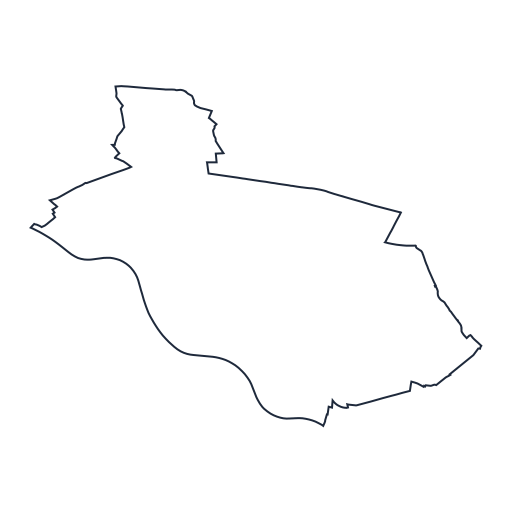 the district of Wijchen, Gelderland, Netherlands
{"feature_id": "6326949B70706228671559", "entity_name": "Wijchen", "entity_type": "district", "adm_level": 2, "iso_a3": "NLD", "parent_name": "Netherlands", "parent_adm1": "Gelderland", "projection": "mercator", "projection_center": [5.703, 51.82], "detail": "fine", "context": "isolated", "style": "outline", "palette": "slate", "viewbox_px": 512, "rotation_deg": 0, "n_neighbors": 0, "source": "geoboundaries", "source_scale": "gbopen_adm2", "svg_char_len": 5938}
<svg xmlns="http://www.w3.org/2000/svg" viewBox="0 0 512 512"><path d="M185.8,91.6L184.6,91.0L182.9,90.3L181.5,90.0L180.7,89.9L180.3,89.9L179.9,89.9L176.8,90.2L175.9,90.1L175.1,89.8L174.7,89.7L173.4,89.6L170.9,89.5L169.0,89.5L165.2,89.5L164.5,89.4L152.5,88.5L146.5,88.1L127.9,86.5L122.3,86.2L121.6,86.1L120.1,86.2L115.5,86.5L116.1,90.4L116.5,93.2L116.5,93.8L116.2,96.3L116.4,96.9L116.5,97.1L116.5,97.3L119.9,101.9L120.9,103.3L122.7,105.5L122.8,105.7L122.6,106.0L121.7,107.3L120.9,108.6L120.8,108.9L121.1,110.0L121.4,111.4L121.6,112.2L121.7,113.1L121.8,113.3L121.9,113.5L122.2,115.1L122.6,117.3L123.1,120.6L123.7,124.4L124.3,127.2L122.8,129.3L121.5,131.4L121.3,131.5L121.1,131.8L117.5,136.1L117.2,136.8L116.6,138.8L115.2,142.7L115.0,143.2L114.8,144.8L112.2,144.9L113.3,146.1L114.9,147.7L115.9,149.0L116.8,150.2L116.8,150.3L117.9,151.7L119.3,153.3L116.4,156.0L115.3,157.2L114.9,157.8L115.0,158.0L116.6,158.4L117.2,158.6L122.1,160.9L123.1,161.2L123.3,161.3L126.7,163.6L131.1,166.9L129.5,167.7L126.6,168.8L123.0,170.1L111.4,174.1L100.1,178.2L86.6,183.1L85.7,182.9L85.1,183.1L84.5,183.5L82.4,184.9L82.0,185.1L79.4,186.3L78.8,186.6L78.4,186.7L77.9,186.9L76.3,187.6L73.1,189.3L59.6,196.9L57.1,198.2L55.9,198.6L55.3,198.8L49.9,200.3L53.9,203.9L54.6,204.5L55.2,204.8L56.8,206.3L57.1,206.6L55.1,208.1L52.5,209.6L54.5,212.6L52.8,213.7L55.1,217.2L52.9,219.2L51.6,220.2L50.1,221.4L48.0,223.1L47.6,223.5L45.9,224.8L44.8,225.6L44.6,225.7L42.0,226.9L41.6,227.1L40.4,226.3L39.4,225.8L38.5,225.4L37.6,225.0L36.6,224.6L35.0,224.3L34.2,223.9L32.8,225.4L32.3,225.9L30.7,227.7L33.0,228.7L36.2,230.3L39.4,231.9L42.6,233.7L45.8,235.6L49.1,237.6L52.3,239.7L55.5,242.0L58.7,244.4L61.9,246.9L68.3,252.0L71.5,254.4L74.8,256.4L78.0,258.0L81.2,258.9L84.4,259.5L87.6,259.7L90.8,259.6L94.1,259.2L103.7,257.9L106.9,257.8L110.2,257.8L113.4,258.3L116.6,259.1L119.8,260.1L123.0,261.7L126.2,263.7L128.7,265.7L130.7,267.6L133.4,270.9L135.5,274.1L137.1,277.3L138.3,280.6L140.1,287.0L141.0,290.3L142.0,293.5L142.9,296.7L143.8,299.9L144.9,303.2L146.0,306.4L147.2,309.6L148.5,312.9L150.1,316.1L151.9,319.3L153.8,322.6L155.8,325.8L157.9,329.0L160.3,332.3L162.8,335.5L165.7,338.7L168.9,342.0L174.2,346.8L177.4,349.3L180.6,351.3L183.8,352.8L187.1,353.9L190.3,354.6L193.5,355.0L199.9,355.6L212.8,356.8L216.0,357.3L219.2,358.0L222.4,358.9L225.6,360.0L228.9,361.5L232.1,363.3L235.3,365.3L238.5,367.8L242.2,371.3L244.9,374.2L247.6,377.8L249.7,381.0L251.3,384.2L256.4,397.2L257.7,399.8L259.9,403.6L262.3,406.9L264.0,408.7L267.3,411.4L270.5,413.6L273.7,415.3L276.9,416.6L280.1,417.6L283.3,418.3L286.5,418.6L289.7,418.5L296.2,418.2L299.4,418.1L302.6,418.3L305.8,418.8L309.0,419.5L312.2,420.4L315.5,421.6L318.7,423.2L321.9,424.9L323.2,425.9L323.9,424.3L324.4,423.2L325.1,421.4L325.2,420.2L326.9,414.4L327.6,414.5L328.7,406.7L332.0,407.6L332.6,400.4L333.4,401.4L334.1,402.3L334.6,402.8L335.3,403.4L335.6,403.7L336.9,404.7L337.3,405.0L338.4,405.6L339.4,406.1L341.1,406.9L341.9,407.1L342.8,407.4L344.5,407.7L345.7,407.8L346.4,407.9L348.0,407.5L347.3,404.3L348.5,404.6L356.0,405.4L356.7,405.3L370.6,401.6L383.3,398.0L391.9,395.7L396.2,394.6L402.5,392.8L409.9,390.9L410.8,384.8L411.4,381.6L414.9,382.6L417.5,383.5L420.5,385.1L423.6,386.8L424.1,385.8L425.1,386.5L425.8,385.3L430.4,385.8L430.7,385.8L431.4,385.7L433.9,384.8L434.4,384.7L434.6,384.7L435.4,384.8L436.2,385.1L441.4,380.9L443.3,379.4L444.9,378.1L446.1,377.2L447.6,376.4L448.3,376.1L450.3,374.9L449.7,374.3L470.3,357.6L472.9,355.5L473.3,355.2L478.3,348.5L479.3,348.5L480.0,348.7L480.4,347.4L480.7,346.7L481.1,346.1L481.3,345.8L479.8,344.4L477.9,342.6L476.3,341.2L475.1,340.1L473.9,339.0L472.3,337.3L472.2,336.9L470.5,335.1L469.3,335.6L466.7,338.1L463.9,335.1L462.9,333.7L462.0,332.3L461.6,331.5L461.5,330.5L461.5,328.3L461.4,328.3L461.4,327.3L461.2,326.4L461.0,325.6L460.6,324.8L459.7,323.4L457.9,321.2L458.0,320.8L457.6,320.2L457.3,320.3L457.2,320.2L455.7,318.3L453.8,315.7L452.8,314.4L451.0,311.8L450.8,311.6L449.6,310.5L449.2,309.4L447.8,307.2L446.5,305.6L444.5,302.4L443.1,301.3L441.5,300.4L440.3,299.3L439.2,297.9L438.4,296.6L437.9,295.0L437.7,293.2L437.8,291.3L437.3,289.6L435.9,286.4L435.2,286.7L434.8,285.8L435.7,285.4L434.0,282.1L428.7,270.1L427.6,267.2L427.5,266.7L426.4,264.2L425.2,261.0L424.6,259.1L423.2,255.0L422.9,254.4L422.3,252.6L422.0,252.1L421.8,251.8L421.3,251.1L421.0,250.8L420.6,250.6L417.7,248.7L416.9,248.2L416.5,247.8L416.2,247.4L415.9,246.6L415.8,245.8L415.5,245.6L412.5,245.7L407.0,245.7L404.0,245.5L400.0,245.1L396.5,244.7L392.0,243.9L388.5,243.2L385.1,242.3L385.2,242.2L386.0,240.7L390.3,232.6L391.3,230.9L393.4,226.9L393.5,226.6L396.3,221.2L399.1,216.1L400.7,212.9L400.9,212.5L400.5,212.3L399.6,212.2L398.0,211.8L374.4,205.7L371.9,205.0L369.1,204.1L361.5,201.8L351.9,199.1L334.4,194.0L329.7,192.5L327.3,191.7L326.8,191.4L325.8,191.1L324.1,190.6L320.7,189.8L314.1,188.6L311.7,188.3L309.4,188.2L305.8,187.8L302.7,187.4L302.1,187.3L301.7,187.3L297.4,186.7L296.8,186.6L294.3,186.2L294.1,186.2L293.9,186.1L292.5,185.9L291.1,185.8L288.6,185.3L278.1,183.8L274.7,183.2L273.1,183.0L271.5,182.8L265.8,181.8L260.3,181.1L247.6,179.2L245.3,178.8L242.8,178.5L236.6,177.5L233.7,177.1L231.6,176.8L223.2,175.6L208.6,173.5L207.9,168.8L207.7,167.2L207.1,162.7L207.0,162.3L212.5,162.3L216.6,162.3L215.8,153.6L222.8,153.3L223.5,153.2L222.3,151.4L217.0,143.2L216.4,142.1L215.9,141.5L215.8,141.2L215.7,141.0L215.7,140.8L215.7,139.2L215.5,138.5L215.3,137.8L214.2,135.9L214.1,135.5L213.9,135.0L213.2,131.6L213.1,130.8L213.2,130.5L213.2,130.2L213.3,130.1L214.2,128.6L214.6,127.9L214.6,127.6L214.6,127.2L214.5,126.3L215.5,125.3L216.5,124.2L213.9,122.0L211.9,120.4L210.2,118.9L208.9,118.0L211.6,111.5L211.8,111.0L206.4,109.5L200.7,108.1L199.9,107.8L196.9,106.5L196.0,105.9L195.4,105.6L194.9,105.2L194.6,104.8L194.2,103.9L194.0,103.2L194.0,102.5L194.1,101.7L194.1,101.2L193.9,100.3L193.5,99.5L192.3,96.5L191.8,95.8L188.0,93.7L187.4,93.2L186.3,92.2L186.0,91.8L185.8,91.8L185.8,91.6Z" fill="none" stroke="#1e293b" stroke-width="2"/></svg>